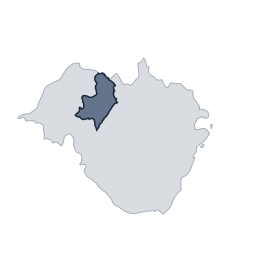 Krâchéh highlighted on a map of Cambodia, rotated 226°
{"feature_id": "KHM-1793", "entity_name": "Krâchéh", "entity_type": "Province", "adm_level": 1, "iso_a3": "KHM", "parent_name": "Cambodia", "parent_adm1": "", "projection": "orthographic", "projection_center": [106.195, 12.682], "detail": "fine", "context": "in_parent", "style": "filled", "palette": "slate", "viewbox_px": 256, "rotation_deg": 226, "n_neighbors": 0, "source": "natural_earth", "source_scale": "10m", "svg_char_len": 5907}
<svg xmlns="http://www.w3.org/2000/svg" viewBox="0 0 256 256"><g transform="rotate(226 128 128)"><path d="M211.6,55.6L212.1,57.5L210.8,61.0L209.3,64.2L206.6,67.0L206.5,69.0L205.6,75.1L205.9,77.1L206.6,78.8L207.5,79.6L209.9,85.6L212.1,91.1L214.3,95.5L214.7,98.3L212.7,105.5L210.5,112.1L210.7,115.4L211.7,118.7L212.8,123.1L213.2,128.7L212.6,132.3L211.6,134.6L209.6,136.9L207.9,138.1L205.8,136.1L204.1,136.1L201.9,136.7L200.2,137.6L196.6,141.0L192.7,144.3L187.2,145.2L185.1,147.7L182.8,148.0L178.4,148.2L175.6,148.7L175.7,150.0L175.5,155.8L175.6,157.2L175.1,157.6L173.2,157.7L169.8,156.8L165.3,155.4L162.1,155.2L160.5,157.7L159.5,158.7L158.3,158.9L157.0,159.3L156.6,160.4L156.5,161.9L157.1,164.3L157.3,168.2L157.2,170.8L158.3,172.5L165.2,178.1L167.3,179.5L167.5,180.3L166.3,183.4L167.4,187.7L165.2,187.6L161.6,185.7L159.9,184.6L157.8,185.5L157.1,185.3L155.6,183.2L153.8,181.1L151.9,180.9L147.9,181.8L143.8,182.3L142.2,182.3L141.6,182.7L139.2,185.9L138.2,185.4L134.1,184.1L130.3,183.6L129.5,184.5L130.0,187.1L130.8,189.6L130.3,190.7L128.2,192.0L125.5,194.5L123.8,196.3L122.6,196.8L118.4,196.7L114.3,196.9L112.6,198.7L111.0,200.0L109.7,200.4L104.3,196.0L93.5,194.4L92.3,192.4L91.3,192.0L90.3,194.5L84.4,196.9L81.9,195.4L80.1,193.6L80.4,191.5L82.1,189.7L85.0,188.5L86.4,184.1L84.3,178.3L82.3,176.7L80.2,175.3L78.1,177.4L76.2,181.0L74.3,182.9L71.6,183.3L67.6,183.1L66.1,177.6L65.7,173.0L66.3,167.7L66.9,164.6L63.2,160.2L63.0,156.1L61.2,154.0L60.6,155.0L60.7,156.2L60.2,155.4L54.3,143.2L53.4,137.6L54.5,133.3L55.1,131.9L53.4,129.6L51.0,127.0L46.8,123.5L46.6,118.2L45.7,111.9L44.5,109.7L42.6,105.8L41.6,102.6L41.3,94.1L41.9,93.4L44.9,93.2L48.8,92.6L49.4,91.3L48.8,90.1L51.3,88.2L54.9,84.1L57.7,79.7L59.7,77.0L60.9,74.2L64.9,70.4L70.5,67.7L74.2,67.1L78.1,66.2L81.8,65.0L83.6,64.9L88.2,66.5L90.7,66.9L93.3,66.9L96.0,67.1L98.4,67.0L104.1,65.9L110.1,66.8L115.5,66.2L122.1,64.9L125.4,65.8L128.3,67.1L128.7,69.6L129.4,70.8L130.4,71.7L131.7,71.7L133.4,69.9L134.8,68.1L135.3,67.8L135.4,68.7L136.1,70.7L137.3,72.7L138.6,74.0L140.7,75.8L142.1,75.8L146.7,74.2L153.5,76.6L154.3,77.8L156.5,80.3L158.9,82.0L164.2,82.2L166.1,77.8L165.2,75.2L162.1,70.6L161.3,67.9L162.3,67.4L167.4,66.9L168.2,66.4L169.4,63.4L170.8,63.8L173.6,64.2L176.6,62.1L178.4,60.0L179.4,61.0L180.4,62.5L181.6,63.3L183.8,64.6L186.1,66.4L187.6,68.2L188.8,68.9L191.9,68.4L192.7,68.4L194.4,66.3L195.7,65.1L196.7,65.4L198.3,65.4L201.4,62.6L203.2,60.1L204.2,59.4L207.1,60.7L208.2,60.4L209.8,57.0L211.6,55.6ZM64.2,170.5L63.6,170.8L63.0,170.8L62.5,170.3L62.5,168.3L63.0,167.2L63.9,166.9L64.2,170.5ZM73.0,189.7L71.8,191.0L69.9,188.3L69.9,187.5L73.0,189.7Z" fill="#d9dde1" stroke="#a8b0b8" stroke-width="1"/><path d="M188.0,144.7L187.4,144.8L186.7,145.2L186.1,146.0L185.7,147.1L185.1,148.0L184.4,148.2L182.8,147.8L183.0,148.3L180.2,147.9L178.6,147.9L177.6,148.6L177.1,148.6L177.0,148.3L176.8,148.1L176.5,147.8L176.1,147.8L175.7,147.8L175.0,148.0L174.8,148.1L172.5,148.7L172.2,148.7L171.4,148.5L171.2,148.5L170.1,148.9L169.9,148.9L169.7,148.9L169.4,148.8L169.3,148.5L167.7,148.5L167.3,148.4L167.3,148.2L167.3,147.9L167.5,147.7L167.8,147.4L167.9,147.2L167.4,145.9L167.2,145.6L167.0,145.4L166.9,145.4L166.7,145.3L166.3,145.1L165.8,144.6L165.6,144.6L165.0,144.5L164.9,144.5L164.3,144.2L164.0,144.0L163.8,143.9L163.8,143.7L164.1,143.4L164.1,143.1L164.1,142.8L164.0,142.6L163.8,142.2L163.6,142.0L163.5,141.9L163.3,141.9L163.2,142.0L162.7,141.8L162.6,141.2L162.4,141.0L161.5,140.3L161.1,140.1L160.0,139.9L159.0,139.5L158.7,139.4L158.4,139.4L158.2,139.4L158.1,139.5L157.9,139.7L156.8,139.9L156.5,138.5L156.4,138.4L155.7,138.4L154.0,138.0L153.8,138.1L153.7,138.1L153.8,137.1L153.8,136.9L153.9,136.7L154.1,136.6L154.3,136.4L154.6,136.0L154.7,135.7L154.7,135.4L154.6,133.7L154.2,131.1L153.8,129.9L152.9,125.8L151.9,122.9L151.8,122.1L151.5,120.7L151.5,120.1L151.5,118.9L151.5,118.6L151.7,118.3L151.7,118.1L151.8,118.0L151.7,117.8L151.7,117.5L151.5,117.1L151.2,116.7L150.8,116.4L150.8,116.1L150.8,115.9L151.1,115.5L151.2,115.3L151.3,115.2L151.2,115.0L151.2,114.8L151.0,114.6L150.9,114.4L150.6,114.2L150.4,113.9L150.1,111.6L150.1,111.4L150.1,111.2L150.3,110.6L150.4,110.3L150.3,110.1L150.2,109.9L150.0,109.4L149.7,109.1L149.2,108.6L148.1,104.1L151.0,105.5L152.2,105.8L152.7,106.0L155.6,108.4L156.7,108.9L157.4,109.3L157.7,109.3L158.0,109.3L158.5,109.3L159.8,108.8L160.1,108.6L160.3,108.3L160.9,107.2L161.0,106.9L161.0,106.4L161.2,106.2L161.4,106.1L161.5,106.1L162.2,106.4L162.3,106.4L162.5,106.4L162.8,106.2L163.1,104.9L163.2,104.7L165.3,101.7L165.7,101.3L165.8,101.2L166.1,101.1L166.4,101.0L167.9,100.9L168.8,101.1L169.0,101.0L169.5,100.7L169.8,100.3L170.0,100.2L172.1,99.2L172.6,99.1L173.9,99.0L173.9,102.7L173.8,103.3L173.8,103.5L174.0,104.2L174.4,105.5L174.7,105.9L175.8,106.5L176.1,106.7L176.2,106.9L176.3,107.0L176.4,107.3L176.4,107.6L176.3,107.8L176.2,107.9L174.2,107.9L173.9,108.1L173.6,108.4L173.5,108.6L173.4,108.8L173.4,109.8L173.5,110.0L173.7,110.3L174.7,111.7L174.8,111.8L175.0,112.0L175.4,112.2L175.5,112.2L175.6,112.4L175.8,112.7L176.0,112.9L176.3,113.1L176.7,113.3L176.8,113.3L177.5,113.3L177.9,113.4L178.0,113.4L178.1,113.5L178.5,114.0L180.4,115.2L181.7,115.7L181.9,115.8L182.0,115.9L182.1,116.1L182.2,116.3L182.2,116.7L182.4,118.0L182.3,118.4L182.2,118.5L181.8,118.7L181.6,118.8L181.4,119.1L181.0,119.7L180.8,119.9L180.6,120.1L179.7,120.5L179.0,120.7L178.4,121.1L177.6,121.3L176.3,122.1L175.8,122.6L175.0,123.8L174.2,127.0L174.0,127.9L174.1,128.4L174.1,129.1L174.1,129.3L174.3,129.5L174.5,129.7L175.4,130.1L177.0,131.1L177.4,131.3L178.1,131.7L178.3,131.9L178.5,132.0L179.2,132.2L179.3,132.3L180.2,133.1L180.3,133.2L180.4,133.5L180.8,134.3L181.2,135.8L181.4,136.1L181.5,136.2L181.6,136.4L182.1,136.7L182.7,136.8L183.5,137.0L184.9,137.4L185.3,137.5L185.7,137.8L186.0,137.9L186.1,138.0L186.6,138.5L186.8,138.7L187.1,139.0L187.3,139.4L187.5,139.7L187.9,140.4L188.0,140.8L187.8,143.0L188.0,144.5L188.0,144.7Z" fill="#64748b" stroke="#1e293b" stroke-width="1.5"/></g></svg>